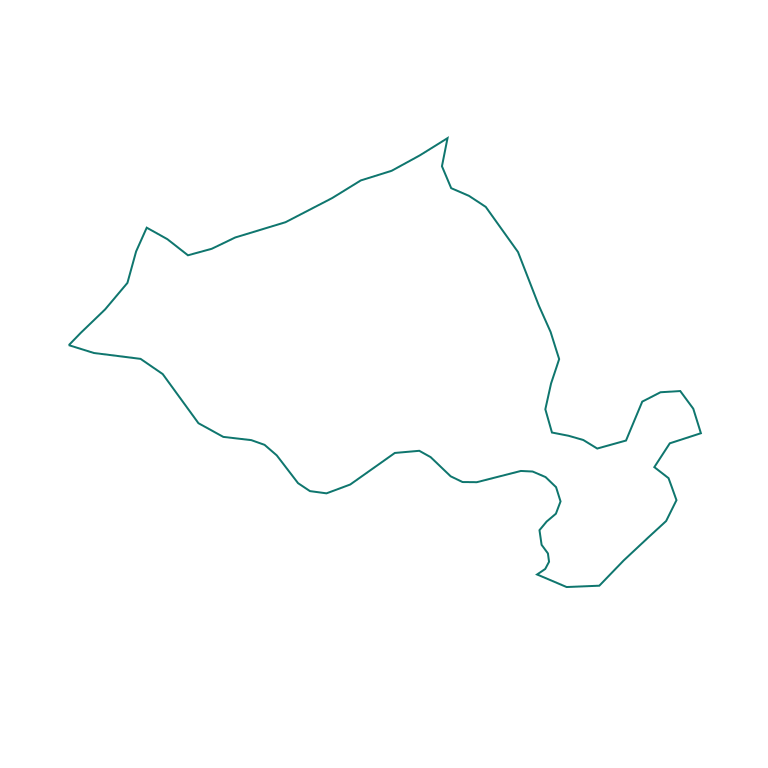 an SVG outline of Laçın, rotated 351°
{"feature_id": "AZE-1735", "entity_name": "Laçın", "entity_type": "District", "adm_level": 1, "iso_a3": "AZE", "parent_name": "Azerbaijan", "parent_adm1": "", "projection": "natural_earth1", "projection_center": [46.402, 39.698], "detail": "fine", "context": "isolated", "style": "outline", "palette": "teal", "viewbox_px": 768, "rotation_deg": 351, "n_neighbors": 0, "source": "natural_earth", "source_scale": "10m", "svg_char_len": 1207}
<svg xmlns="http://www.w3.org/2000/svg" viewBox="0 0 768 768"><g transform="rotate(351 384 384)"><path d="M310.1,483.0L294.1,478.2L283.6,468.5L266.9,437.7L256.5,425.4L244.2,418.7L217.0,411.1L194.6,393.7L167.0,339.6L147.5,321.1L102.3,308.0L78.7,296.3L78.8,296.3L92.4,286.1L120.2,266.7L146.4,244.0L159.9,214.3L174.1,192.5L192.6,207.0L210.5,226.2L235.0,223.5L260.0,216.0L312.0,208.8L362.0,192.2L392.9,179.3L424.9,174.6L455.1,163.8L485.2,151.1L475.3,178.0L481.0,201.1L497.4,211.5L512.2,225.0L537.0,274.6L549.2,330.8L556.7,358.7L559.3,376.3L560.9,386.8L557.1,394.2L549.1,409.6L539.4,434.2L542.3,458.2L558.2,464.0L572.1,470.5L584.5,481.1L614.2,477.7L619.3,469.4L636.2,442.0L636.3,441.8L655.8,435.4L675.5,437.3L685.6,456.8L688.1,473.9L689.3,482.2L657.0,487.3L645.1,500.5L638.0,508.4L650.3,521.5L652.2,531.2L654.2,541.9L654.7,544.5L641.2,563.5L621.3,576.7L593.1,595.8L565.1,616.9L532.6,613.1L505.4,596.1L505.6,596.0L514.3,591.9L519.2,585.4L519.4,577.0L514.5,567.5L514.7,552.7L523.1,545.3L533.5,539.0L540.0,527.6L537.8,512.8L529.0,501.2L517.1,493.7L505.6,491.3L460.3,495.5L446.2,493.1L435.4,485.6L418.6,463.5L408.4,455.5L383.9,453.8L334.9,478.0L310.1,483.0Z" fill="none" stroke="#0f766e" stroke-width="2"/></g></svg>